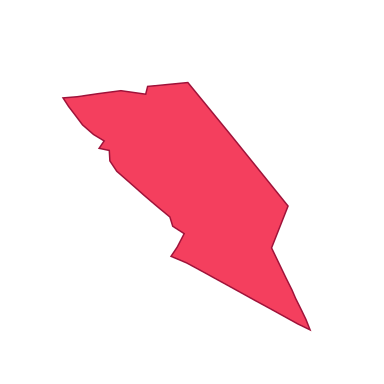 Satuba, Alagoas, Brazil, rotated 104°
{"feature_id": "56859067B47220314031671", "entity_name": "Satuba", "entity_type": "district", "adm_level": 2, "iso_a3": "BRA", "parent_name": "Brazil", "parent_adm1": "Alagoas", "projection": "equal_earth", "projection_center": [-35.836, -9.579], "detail": "fine", "context": "isolated", "style": "filled", "palette": "rose", "viewbox_px": 384, "rotation_deg": 104, "n_neighbors": 0, "source": "geoboundaries", "source_scale": "gbopen_adm2", "svg_char_len": 664}
<svg xmlns="http://www.w3.org/2000/svg" viewBox="0 0 384 384"><g transform="rotate(104 192 192)"><path d="M297.2,44.1L288.1,50.6L280.4,57.0L270.1,65.8L263.0,71.2L252.7,80.0L227.0,101.3L182.4,95.4L127.9,167.4L86.8,222.5L100.3,260.6L108.3,260.6L110.9,285.5L119.3,306.9L127.4,326.6L131.9,339.9L138.9,332.4L146.4,323.0L153.4,314.4L160.0,301.5L163.7,289.6L172.1,292.7L171.7,282.3L181.7,279.2L190.1,270.0L195.9,258.7L202.1,246.7L206.8,237.7L211.2,228.9L216.0,219.1L221.6,207.4L229.9,202.4L234.3,189.5L249.0,193.0L259.5,196.8L262.1,180.1L266.5,163.0L276.8,124.0L282.2,103.8L285.9,89.4L294.4,57.5L297.2,44.1Z" fill="#f43f5e" stroke="#9f1239" stroke-width="1.5"/></g></svg>